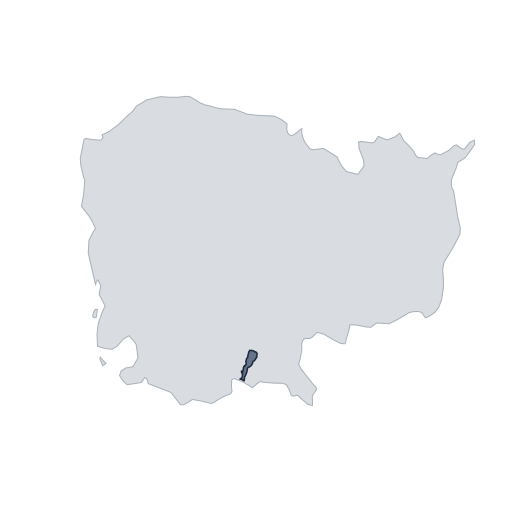 Leuk Daek, Kândal, Cambodia shown in context, rotated 13°
{"feature_id": "14789045B16500497794809", "entity_name": "Leuk Daek", "entity_type": "district", "adm_level": 2, "iso_a3": "KHM", "parent_name": "Cambodia", "parent_adm1": "Kândal", "projection": "albers", "projection_center": [105.189, 11.12], "detail": "fine", "context": "in_parent", "style": "filled", "palette": "slate", "viewbox_px": 512, "rotation_deg": 13, "n_neighbors": 0, "source": "geoboundaries", "source_scale": "gbopen_adm2", "svg_char_len": 6449}
<svg xmlns="http://www.w3.org/2000/svg" viewBox="0 0 512 512"><g transform="rotate(13 256 256)"><path d="M442.8,94.0L443.9,98.2L440.9,106.0L437.7,113.2L431.6,119.4L431.4,124.0L429.3,137.6L430.2,142.0L431.6,145.7L433.7,147.7L439.1,161.0L444.0,173.1L448.9,183.0L449.8,189.3L445.5,205.4L440.5,220.1L441.0,227.4L443.3,234.7L445.7,244.5L446.7,257.0L445.5,265.1L443.2,270.2L438.8,275.4L434.9,278.1L430.2,273.7L426.5,273.6L421.5,274.9L417.6,277.0L409.7,284.7L400.9,292.1L388.7,294.1L384.0,299.6L378.9,300.4L369.2,300.7L362.9,302.0L363.2,304.8L362.7,317.9L362.8,320.9L361.9,321.7L357.5,322.1L350.1,320.2L340.0,317.0L332.8,316.5L329.2,322.2L327.0,324.4L324.3,324.8L321.5,325.8L320.5,328.3L320.3,331.5L321.7,336.9L322.2,345.6L321.9,351.5L324.5,355.2L339.9,367.7L344.4,370.8L345.0,372.6L342.3,379.5L344.7,389.0L339.9,388.9L331.9,384.8L328.0,382.3L323.3,384.3L321.7,383.9L318.6,379.2L314.4,374.4L310.2,374.1L301.2,376.0L292.1,377.3L288.6,377.3L287.2,378.2L281.9,385.4L279.6,384.1L270.4,381.4L262.0,380.4L260.2,382.2L261.3,388.1L263.1,393.7L262.0,396.2L257.4,399.2L251.3,404.6L247.5,408.8L244.9,409.8L235.6,409.6L226.3,410.1L222.6,414.1L219.1,417.1L216.0,418.0L203.9,408.1L179.8,404.6L177.2,400.3L174.9,399.5L172.7,405.1L159.4,410.4L153.9,407.1L149.9,403.1L150.5,398.3L154.3,394.4L160.9,391.6L164.0,381.7L159.1,369.0L154.7,365.3L150.1,362.3L145.2,367.0L141.1,375.0L136.8,379.2L130.7,380.1L121.9,379.7L118.6,367.6L117.5,357.2L118.8,345.4L120.2,338.5L111.8,328.7L111.4,319.6L107.3,314.8L106.1,317.2L106.2,319.8L105.0,317.9L91.9,290.8L89.7,278.3L92.1,268.7L93.5,265.5L89.7,260.4L84.3,254.6L74.8,247.0L74.2,235.0L72.2,221.0L69.4,216.2L65.1,207.5L62.8,200.3L62.2,181.3L63.4,179.8L70.2,179.3L78.9,178.1L80.3,175.0L78.8,172.5L84.4,168.2L92.4,158.9L98.6,149.1L103.1,142.9L105.8,136.8L114.7,128.2L127.1,122.2L135.4,120.9L144.1,118.9L152.5,116.0L156.4,115.7L166.8,119.3L172.4,120.2L178.2,120.2L184.3,120.6L189.6,120.3L202.3,117.9L215.7,119.8L227.7,118.3L242.6,115.5L249.9,117.3L256.5,120.2L257.5,125.9L259.0,128.6L261.2,130.6L264.2,130.6L268.0,126.6L271.1,122.4L272.2,121.7L272.3,123.7L273.9,128.2L276.7,132.6L279.6,135.6L284.4,139.5L287.5,139.7L297.6,136.0L312.9,141.3L314.7,144.0L319.6,149.4L325.0,153.3L336.8,153.6L341.1,143.9L339.0,138.1L332.2,127.9L330.3,121.8L332.5,120.8L343.9,119.6L345.8,118.4L348.3,111.8L351.4,112.5L357.8,113.3L364.5,108.8L368.5,104.0L370.6,106.2L373.0,109.5L375.6,111.4L380.5,114.3L385.8,118.3L389.2,122.2L391.8,123.7L398.6,122.6L400.5,122.7L404.4,117.9L407.2,115.3L409.5,116.0L412.9,115.9L420.0,109.8L424.0,104.2L426.3,102.6L432.6,105.4L435.2,104.8L438.8,97.1L442.8,94.0ZM114.1,351.6L112.8,352.4L111.6,352.3L110.3,351.2L110.5,346.9L111.4,344.2L113.6,343.7L114.1,351.6ZM134.0,394.5L131.3,397.4L127.0,391.3L127.1,389.6L134.0,394.5Z" fill="#d9dde1" stroke="#a8b0b8" stroke-width="1"/><path d="M271.1,349.4L271.1,349.6L271.0,349.9L270.9,350.1L270.8,350.3L270.7,350.6L270.6,350.9L270.6,351.0L270.5,353.7L270.5,353.9L270.5,354.2L270.5,354.4L270.5,354.5L270.5,355.4L270.5,356.3L270.7,356.5L270.5,356.8L270.5,357.0L270.4,357.2L270.3,357.4L270.2,357.6L270.2,357.8L270.1,358.0L270.0,358.3L269.9,358.3L269.8,361.2L270.5,361.9L270.5,362.2L270.5,364.4L270.2,364.8L270.3,364.8L270.2,364.9L270.0,365.0L269.9,365.2L269.9,365.3L269.6,365.4L269.6,365.5L269.6,365.8L269.7,366.0L269.4,366.1L269.4,366.3L269.2,366.3L269.2,366.5L269.0,366.8L268.9,366.9L268.9,367.0L268.8,367.3L268.9,367.5L269.0,367.7L269.0,367.8L269.1,368.0L269.0,368.3L269.0,368.5L269.0,368.9L269.0,369.1L269.0,369.4L269.0,369.6L269.1,369.8L269.1,370.0L269.2,370.3L269.2,370.5L269.2,370.8L269.1,371.0L269.1,371.3L268.9,371.3L268.8,371.2L268.7,371.3L268.4,371.3L268.2,371.3L268.2,371.5L268.3,371.6L268.5,371.7L268.6,371.8L268.5,372.0L268.4,372.0L268.5,372.1L268.4,372.1L268.2,372.2L268.0,372.3L268.1,372.5L268.2,372.8L268.3,373.0L268.5,373.1L269.0,373.3L269.3,373.4L269.3,373.5L269.2,373.9L269.2,374.0L269.2,374.3L269.3,374.5L269.5,374.8L269.5,375.0L269.6,375.3L269.7,375.5L269.8,375.7L269.9,375.8L269.9,376.0L269.7,376.2L269.7,376.3L269.7,376.5L269.7,376.9L269.7,377.1L269.7,377.3L269.7,377.6L269.7,377.8L269.6,378.0L269.3,378.4L269.2,378.5L268.8,378.7L268.6,378.8L268.4,379.0L268.2,379.3L268.2,379.5L268.3,379.6L268.7,379.5L268.9,379.5L269.1,379.5L269.4,379.5L269.5,379.5L269.8,379.4L270.1,379.5L270.5,379.6L270.8,379.8L271.0,379.9L271.3,380.0L271.6,380.1L271.8,380.2L272.0,380.3L272.5,380.3L272.6,380.1L272.6,379.9L272.5,379.7L272.5,379.4L272.5,379.2L272.4,379.0L272.4,378.7L272.3,378.3L272.3,378.1L272.3,377.9L272.2,377.7L272.2,377.4L272.2,377.1L272.2,376.9L272.2,376.6L272.2,376.4L272.2,376.1L272.3,375.9L272.4,375.6L272.4,375.4L272.5,375.2L272.6,374.8L272.6,374.7L272.7,374.4L272.7,374.1L272.7,373.8L272.7,373.7L272.8,373.5L272.8,373.4L272.9,373.2L272.9,372.9L273.0,372.7L273.0,372.4L273.0,372.2L273.1,371.9L273.1,371.7L273.2,371.4L273.1,371.2L273.1,370.9L273.1,370.7L273.1,370.4L273.1,370.1L273.1,369.9L273.1,369.7L273.1,369.4L273.1,369.2L273.1,368.8L273.0,368.7L273.0,368.3L273.0,368.0L273.0,367.9L273.0,367.7L272.9,367.6L272.9,367.4L273.0,367.2L273.1,366.9L273.2,366.7L273.3,366.6L273.5,366.4L273.7,366.2L273.8,366.1L274.0,366.0L274.0,365.9L274.3,365.7L274.5,365.6L274.7,365.4L274.8,365.2L275.1,365.0L275.2,364.9L275.3,364.8L275.4,364.6L275.5,364.5L275.6,364.3L275.7,364.2L275.8,364.1L275.9,363.9L276.0,363.8L276.0,363.7L276.1,363.4L276.2,363.2L276.3,363.0L276.3,362.9L276.4,362.7L276.5,362.5L276.5,362.4L276.5,362.2L276.6,361.9L276.7,361.7L276.7,361.4L276.8,361.3L276.8,361.2L276.8,360.9L276.7,360.8L276.7,360.7L276.7,360.4L276.7,360.2L276.7,359.9L276.7,359.7L276.8,359.6L276.8,359.4L277.0,359.2L277.3,359.0L277.5,358.8L277.7,358.7L277.9,358.5L278.0,358.4L278.1,358.1L278.2,357.8L278.4,357.5L278.4,357.3L278.5,357.1L278.6,356.9L278.7,356.6L278.8,356.3L278.8,356.2L279.0,355.9L279.0,355.6L279.1,355.4L279.3,355.1L279.3,354.9L279.4,354.7L279.4,354.3L279.3,354.1L279.3,353.9L279.4,353.5L279.3,353.4L279.3,353.0L279.2,352.7L279.2,352.4L279.2,352.2L279.1,351.9L279.1,351.7L279.0,351.4L279.0,351.2L279.0,350.8L279.0,350.6L278.8,350.5L278.6,350.3L278.4,350.2L278.1,350.0L277.9,349.8L277.8,349.7L277.6,349.6L277.4,349.5L277.2,349.5L276.9,349.6L276.7,349.7L276.4,349.8L276.3,349.7L276.2,349.7L275.9,349.3L275.8,349.2L275.7,349.2L275.2,349.1L274.9,349.1L274.6,349.0L274.2,349.0L273.9,349.0L273.6,349.0L273.4,349.0L273.1,348.9L272.8,349.0L272.6,349.0L272.3,349.2L272.1,349.3L271.8,349.4L271.5,349.4L271.3,349.5L271.2,349.4L271.1,349.4Z" fill="#64748b" stroke="#1e293b" stroke-width="1.5"/></g></svg>